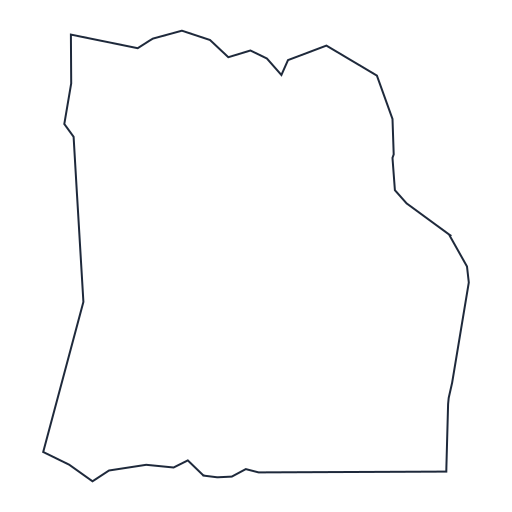 outline of Duplin, North Carolina, United States of America
{"feature_id": "52423323B66062574427882", "entity_name": "Duplin", "entity_type": "district", "adm_level": 2, "iso_a3": "USA", "parent_name": "United States of America", "parent_adm1": "North Carolina", "projection": "robinson", "projection_center": [-77.918, 34.952], "detail": "fine", "context": "isolated", "style": "outline", "palette": "slate", "viewbox_px": 512, "rotation_deg": 0, "n_neighbors": 0, "source": "geoboundaries", "source_scale": "gbopen_adm2", "svg_char_len": 787}
<svg xmlns="http://www.w3.org/2000/svg" viewBox="0 0 512 512"><path d="M406.6,203.4L394.9,190.2L392.6,159.5L392.5,157.8L393.7,154.4L392.6,122.0L392.5,119.0L376.9,75.6L326.4,45.6L288.0,60.1L281.4,75.0L266.9,58.5L250.4,50.5L228.3,57.2L210.0,40.0L181.9,30.7L152.9,38.6L149.1,40.9L137.7,48.2L70.9,34.6L71.2,83.4L64.3,124.0L73.6,136.8L76.9,193.1L77.2,197.9L83.4,301.9L43.2,452.0L69.2,464.7L92.5,481.3L109.0,470.5L146.2,464.8L173.6,467.5L187.8,460.4L202.7,474.8L202.9,475.1L203.0,475.2L203.1,475.3L203.3,475.2L203.6,475.3L203.6,475.6L217.3,477.3L231.8,476.6L245.8,469.1L258.6,472.4L443.9,471.6L446.0,471.6L446.3,471.6L446.4,466.6L448.1,404.0L448.7,397.9L452.1,382.9L468.8,282.5L467.0,266.5L449.7,235.7L450.3,235.3L449.1,234.5L406.6,203.4Z" fill="none" stroke="#1e293b" stroke-width="2"/></svg>